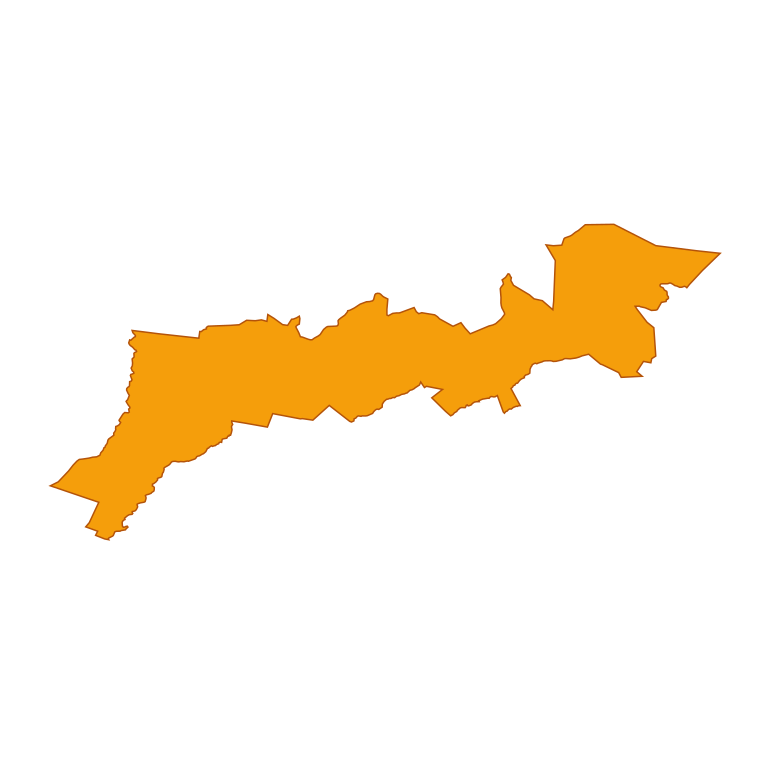 the district of Ainabkoi, Rift Valley, Kenya, rotated 275°
{"feature_id": "3690345B95414198105650", "entity_name": "Ainabkoi", "entity_type": "district", "adm_level": 2, "iso_a3": "KEN", "parent_name": "Kenya", "parent_adm1": "Rift Valley", "projection": "robinson", "projection_center": [35.44, 0.313], "detail": "fine", "context": "isolated", "style": "filled", "palette": "amber", "viewbox_px": 768, "rotation_deg": 275, "n_neighbors": 0, "source": "geoboundaries", "source_scale": "gbopen_adm2", "svg_char_len": 6162}
<svg xmlns="http://www.w3.org/2000/svg" viewBox="0 0 768 768"><g transform="rotate(275 384 384)"><path d="M415.4,128.4L413.2,129.4L410.7,132.1L409.5,132.2L409.0,131.2L405.5,127.9L405.8,126.8L402.7,126.1L401.5,126.7L400.3,127.8L398.8,130.3L396.4,132.8L396.0,134.1L394.9,134.7L394.2,134.0L393.5,132.7L392.7,132.2L389.1,132.7L387.0,130.9L383.0,131.7L380.1,131.7L377.8,130.7L375.1,132.1L374.2,133.5L373.0,133.9L372.1,132.6L371.5,131.0L370.4,130.6L366.2,132.6L364.7,131.8L364.2,130.4L360.1,130.6L359.2,130.2L358.2,128.9L356.9,128.1L355.5,128.1L352.3,129.9L350.5,131.3L345.8,129.9L345.1,129.1L344.1,128.6L340.8,131.0L338.9,132.8L338.0,133.0L336.7,131.8L333.9,132.7L333.0,131.7L333.0,128.2L331.3,126.6L324.8,123.2L323.6,123.9L322.9,125.0L321.8,124.6L320.4,123.8L319.0,122.1L318.3,120.5L316.1,120.5L315.3,120.8L313.4,120.2L311.5,119.0L309.4,119.3L305.3,114.6L304.1,113.9L300.7,113.4L298.1,111.8L296.7,111.6L296.1,110.6L293.5,109.9L290.7,107.8L288.3,107.2L286.4,104.1L285.7,100.1L284.5,96.7L283.0,90.5L282.3,87.0L280.4,84.8L276.1,81.4L269.8,77.3L258.1,68.0L253.5,60.5L241.3,110.2L220.2,102.5L215.7,99.3L212.4,111.6L208.1,109.9L205.3,119.3L204.9,123.4L205.8,122.8L206.6,123.3L208.9,127.0L209.7,127.6L213.2,128.7L213.9,130.0L214.4,133.9L215.1,135.0L216.2,139.2L217.1,139.6L219.1,141.4L220.0,140.7L219.7,139.4L218.9,138.2L218.6,136.8L219.7,135.8L223.4,135.2L224.7,135.7L225.9,136.8L226.4,137.8L227.7,137.2L230.5,140.0L231.6,141.6L232.2,144.4L233.1,145.0L234.0,144.3L235.0,144.3L235.4,145.8L236.1,147.3L237.3,148.2L239.8,149.2L240.8,149.2L241.6,148.7L242.7,148.5L243.4,149.5L244.3,151.5L245.3,155.2L246.0,156.3L249.1,156.9L250.3,156.8L252.0,156.0L252.9,157.0L253.6,159.1L254.8,161.5L255.7,162.1L257.2,164.0L258.5,164.3L260.8,164.2L261.8,163.4L262.3,162.1L264.1,162.1L264.6,163.1L266.4,165.2L268.7,166.8L270.1,166.6L270.7,167.4L271.6,169.8L272.4,170.7L275.7,171.1L277.0,171.9L279.7,172.4L280.7,172.1L281.6,172.5L284.5,176.7L285.4,177.6L287.9,179.2L288.5,180.5L288.8,182.8L288.5,185.6L288.6,186.7L289.0,188.1L289.1,191.5L290.1,194.7L290.0,195.9L292.9,202.3L293.8,203.1L295.3,203.8L296.0,205.1L296.4,206.5L298.4,209.2L298.8,210.2L301.1,212.4L304.4,213.7L304.9,214.9L305.8,215.5L307.4,217.5L306.9,218.6L307.5,219.8L308.0,221.5L309.1,222.5L310.1,224.5L311.3,224.9L311.9,226.2L311.7,227.3L314.8,227.6L315.4,228.8L316.3,232.1L318.4,233.0L318.6,234.1L319.6,234.3L319.6,235.6L322.1,236.2L325.1,236.6L328.0,235.8L329.4,236.1L330.4,236.8L332.6,235.7L333.9,235.6L332.9,249.1L330.9,271.6L344.8,275.7L342.0,303.7L342.4,305.7L341.8,316.3L357.9,331.3L343.8,353.1L343.3,354.9L344.6,357.2L346.8,357.3L347.5,358.8L349.4,360.2L350.0,361.3L349.8,364.0L350.3,364.9L350.6,368.6L351.0,370.2L353.7,375.2L355.6,376.2L357.4,377.7L358.1,378.6L358.4,379.9L358.2,381.0L360.8,384.2L363.9,384.1L366.8,385.7L369.0,387.9L369.3,389.3L370.0,390.6L370.2,392.2L371.3,394.0L371.3,395.8L372.9,397.5L373.7,400.1L375.2,402.5L376.0,405.4L376.7,406.5L377.1,407.8L380.0,410.4L380.7,412.5L382.1,414.6L383.0,415.4L386.1,419.4L389.2,420.4L384.0,424.6L385.4,426.5L383.7,442.8L374.4,432.8L362.2,447.6L358.1,453.2L359.5,455.3L361.5,456.7L363.0,458.9L364.2,459.4L366.9,462.1L367.3,463.5L367.5,466.9L368.6,467.5L369.9,467.8L370.4,468.8L369.5,469.7L369.9,471.0L371.0,473.0L372.1,473.5L373.9,475.7L374.4,477.7L374.7,480.4L375.6,479.9L377.5,483.5L378.9,488.8L378.9,490.0L380.1,490.7L380.8,491.6L380.9,493.1L380.7,494.2L380.9,495.7L382.4,497.9L366.6,505.2L365.4,506.5L367.2,507.8L367.7,509.0L369.2,510.1L370.1,511.3L370.1,513.0L371.9,514.8L373.4,517.8L373.3,518.8L374.0,519.8L374.3,521.6L390.6,510.9L392.1,512.4L393.6,513.0L394.3,514.5L395.4,514.9L396.3,515.8L396.5,517.0L399.1,518.6L400.2,519.6L401.1,520.6L402.5,523.3L403.5,523.0L405.2,524.2L406.1,526.5L407.5,528.3L411.5,528.2L414.2,529.1L415.1,529.8L416.0,529.9L417.1,531.3L417.9,532.8L417.5,534.5L418.2,535.6L419.9,539.7L420.6,540.7L421.1,542.3L421.7,547.6L421.6,549.2L421.2,550.6L421.6,553.4L423.6,559.5L425.0,561.7L425.2,563.1L425.3,567.3L426.6,572.9L427.7,575.8L429.3,578.9L431.5,585.3L422.7,597.9L422.3,599.7L415.8,616.8L411.3,619.7L414.2,640.5L418.3,634.7L429.1,640.5L428.4,648.0L432.6,648.5L435.5,652.3L463.6,647.9L468.4,640.7L480.2,629.8L483.3,627.4L483.8,631.5L483.3,632.8L482.7,637.5L480.6,644.0L481.3,648.5L482.0,649.8L489.5,653.3L490.8,657.8L492.8,658.0L493.0,659.0L494.2,659.9L495.6,659.7L496.6,658.8L497.8,658.2L499.4,658.1L500.9,657.6L502.1,655.1L504.2,653.6L504.8,651.5L505.4,650.7L506.2,650.3L507.1,650.5L507.9,651.3L508.1,652.4L508.6,657.9L509.5,659.7L509.5,660.9L508.6,663.0L507.4,665.1L507.1,667.2L506.1,670.2L506.4,672.3L507.5,674.7L507.2,676.0L506.3,677.3L509.8,679.6L524.8,691.3L543.5,707.5L544.0,683.3L545.5,642.7L563.1,599.1L560.2,570.6L553.8,564.2L551.9,561.5L548.5,557.9L547.5,556.3L545.3,551.5L544.5,550.7L537.8,549.0L536.5,540.7L536.7,533.3L521.9,543.9L481.1,545.8L472.7,545.7L480.8,534.5L481.9,526.1L485.5,521.1L493.6,504.4L498.3,501.3L501.1,501.6L502.1,500.6L504.3,499.4L504.6,498.0L500.8,495.8L498.0,492.6L496.1,493.6L493.9,494.3L490.9,492.3L489.1,491.5L480.4,493.0L474.9,493.4L472.3,494.0L470.1,494.8L465.5,497.7L464.0,498.1L459.3,495.2L453.8,490.0L452.2,487.1L451.0,483.6L441.5,465.5L446.8,459.8L451.8,455.3L447.5,447.7L453.7,433.7L455.7,431.4L457.3,428.5L458.3,415.4L457.1,412.5L458.8,409.9L462.8,407.3L456.6,394.2L456.1,392.9L455.9,390.3L455.1,386.5L452.4,382.4L453.0,380.9L458.6,380.4L469.0,380.4L470.5,376.6L471.3,375.1L473.1,372.9L473.8,371.5L473.8,369.6L473.1,367.8L471.9,367.1L467.2,366.3L465.9,365.4L464.9,362.6L464.4,359.4L461.5,353.3L457.2,347.9L454.5,343.6L453.8,341.5L452.3,341.1L449.1,338.9L445.8,335.0L444.1,333.3L443.0,332.7L440.0,333.3L438.6,333.0L437.9,332.4L437.5,331.4L436.4,323.0L435.7,321.7L433.1,319.1L427.7,316.1L426.1,314.3L423.7,310.7L421.8,308.5L421.6,306.8L422.0,304.5L423.6,298.7L423.8,296.6L427.7,294.6L432.6,291.5L433.6,291.2L435.2,292.6L436.3,294.4L441.8,294.5L444.2,293.7L442.3,291.1L440.7,287.9L440.5,286.3L434.0,282.9L434.3,277.8L439.8,268.7L443.1,262.2L436.2,261.9L437.2,256.3L435.8,250.2L435.5,241.6L430.4,234.6L429.1,226.3L426.3,204.0L425.8,203.0L424.5,202.0L423.4,202.3L422.4,199.6L420.3,197.4L420.3,195.9L413.5,195.5L414.4,155.1L415.4,128.4Z" fill="#f59e0b" stroke="#b45309" stroke-width="1.5"/></g></svg>